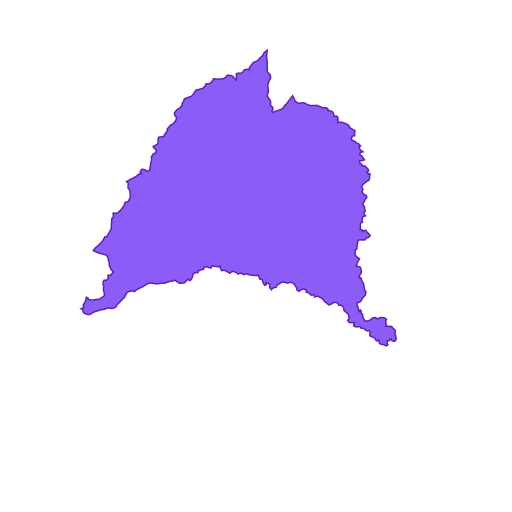 Aral Moreira, Mato Grosso do Sul, Brazil (orthographic projection), rotated 43°
{"feature_id": "56859067B29301186174835", "entity_name": "Aral Moreira", "entity_type": "district", "adm_level": 2, "iso_a3": "BRA", "parent_name": "Brazil", "parent_adm1": "Mato Grosso do Sul", "projection": "orthographic", "projection_center": [-55.401, -22.967], "detail": "fine", "context": "isolated", "style": "filled", "palette": "violet", "viewbox_px": 512, "rotation_deg": 43, "n_neighbors": 0, "source": "geoboundaries", "source_scale": "gbopen_adm2", "svg_char_len": 6142}
<svg xmlns="http://www.w3.org/2000/svg" viewBox="0 0 512 512"><g transform="rotate(43 256 256)"><path d="M411.2,227.2L411.0,224.7L413.4,225.2L415.6,223.8L415.5,221.5L412.5,219.0L410.8,218.3L409.6,216.3L408.0,215.3L405.3,215.4L403.2,215.0L401.3,216.9L399.7,217.7L398.7,218.9L398.0,217.4L395.5,215.5L394.5,213.3L392.9,213.4L391.1,214.3L389.2,215.8L387.6,219.3L385.2,219.6L383.6,221.6L383.2,224.7L382.7,226.3L381.7,227.7L380.1,229.2L375.5,227.7L373.6,225.9L371.7,226.3L370.8,224.6L369.0,224.4L369.3,226.2L366.6,224.7L365.0,223.4L363.5,223.5L361.9,220.9L363.1,219.2L363.5,217.2L362.8,215.1L362.4,209.4L360.9,207.3L357.9,206.4L355.5,204.4L352.9,202.6L350.1,202.0L347.9,200.4L345.7,201.5L344.1,195.7L340.1,193.0L338.0,193.9L336.2,194.9L334.8,192.1L333.5,187.3L331.5,187.9L329.2,187.9L327.5,187.3L325.9,185.8L324.6,183.9L324.9,182.0L323.2,180.0L321.2,177.1L320.0,174.7L321.4,172.9L323.1,171.5L324.8,169.8L324.3,167.6L325.6,165.9L325.5,163.1L323.3,162.8L320.8,162.9L318.8,162.3L317.7,163.8L317.4,165.4L315.9,164.5L314.1,165.8L313.1,164.0L311.3,162.4L310.1,160.5L310.8,158.6L309.4,157.8L308.3,156.2L307.4,154.2L308.7,151.9L306.9,151.8L305.4,150.6L305.4,148.8L301.2,145.8L298.8,145.6L298.1,142.5L297.2,139.8L297.1,137.5L294.9,136.5L293.3,137.5L291.3,137.2L289.5,136.4L288.7,134.2L286.0,133.6L285.5,131.2L285.8,127.9L286.3,125.2L287.0,123.7L285.9,121.4L284.5,120.3L283.7,118.2L281.3,119.2L279.7,119.2L280.3,116.9L278.9,116.1L274.3,115.9L272.2,117.6L270.9,116.8L268.6,117.3L266.7,115.7L268.7,113.8L269.7,111.7L265.0,110.7L262.5,111.2L261.8,109.0L263.1,106.9L259.4,107.3L257.0,105.9L257.5,104.4L255.6,103.9L253.9,104.2L251.9,104.9L249.8,104.8L247.2,106.1L245.5,104.6L244.6,102.4L246.2,100.8L244.2,98.9L243.0,96.9L237.3,98.1L235.2,97.4L233.3,97.4L231.1,98.0L229.4,98.9L227.9,99.4L226.5,100.4L225.1,102.5L221.4,98.8L219.3,98.8L217.8,100.7L215.5,98.9L213.6,98.4L211.6,99.0L209.6,100.5L208.4,99.4L206.0,99.7L204.5,101.7L202.3,102.6L198.1,104.1L195.7,106.4L194.0,108.2L192.3,109.4L189.4,110.5L187.3,111.0L185.3,112.2L184.5,113.7L183.4,115.1L181.9,115.6L179.3,116.1L175.7,114.5L173.5,113.9L174.6,124.4L174.3,126.1L174.9,128.4L174.6,131.4L173.3,133.5L172.3,135.7L171.2,137.4L170.5,139.4L168.7,139.4L168.7,137.7L167.3,136.2L165.8,135.8L164.1,136.0L162.9,135.0L161.8,133.4L160.0,132.5L155.5,131.4L154.0,130.0L153.6,128.2L150.9,125.2L148.7,123.8L147.3,121.7L145.9,118.2L145.4,116.0L143.9,114.5L142.0,113.6L139.8,113.7L138.3,113.4L136.7,111.5L134.7,109.6L131.5,106.2L128.9,103.8L127.3,102.6L123.9,97.9L123.3,101.8L124.2,104.6L123.8,108.6L124.0,111.8L122.1,116.5L122.7,122.7L124.3,124.4L122.5,125.1L120.5,127.7L120.9,130.5L120.1,133.2L118.4,134.1L117.4,136.2L119.0,137.8L120.6,139.2L121.5,141.0L116.5,140.4L114.9,140.8L113.6,142.0L112.1,142.8L111.7,144.6L111.9,146.9L110.5,149.6L108.8,151.3L107.4,152.9L104.1,155.1L104.6,157.0L104.9,159.9L104.2,162.2L102.0,164.2L102.9,166.5L102.9,169.2L101.9,171.1L100.3,173.6L98.9,175.5L99.8,180.4L99.9,183.3L97.8,186.9L96.4,189.9L97.8,192.7L97.7,194.4L99.0,196.1L99.5,199.0L98.5,202.6L98.5,204.7L98.8,207.1L101.1,208.7L102.8,208.6L104.3,210.0L105.0,212.1L105.2,216.1L104.2,218.8L104.5,223.7L105.8,224.8L106.3,229.9L107.2,231.4L103.9,235.3L104.5,237.2L106.3,238.9L107.8,241.1L106.1,246.1L108.0,246.6L111.0,246.4L112.3,249.2L111.2,251.3L111.8,254.7L113.5,256.3L114.6,257.7L116.1,260.6L117.4,262.2L119.8,266.0L118.6,268.3L116.9,268.3L113.4,270.2L113.7,273.4L116.3,274.0L114.7,275.4L114.0,279.7L110.5,289.9L112.7,289.7L116.1,293.6L118.8,293.9L121.1,295.9L123.9,298.6L125.4,303.1L123.7,306.0L125.1,309.1L125.6,313.2L125.7,315.1L125.4,319.2L122.3,322.1L124.9,324.5L125.1,327.1L131.7,335.0L133.7,343.7L132.4,344.8L133.7,350.2L133.4,357.0L132.9,359.6L133.2,362.9L135.8,362.3L139.9,360.6L145.6,357.5L148.6,357.9L150.5,359.4L152.2,360.4L153.6,361.4L155.5,363.1L158.4,364.4L160.1,364.8L162.3,364.9L162.8,367.1L162.7,369.1L160.9,371.2L162.9,372.5L163.3,375.8L161.4,377.2L161.7,379.1L163.9,381.3L165.5,382.2L167.2,384.6L171.2,387.2L172.2,388.9L170.7,394.9L168.6,396.9L166.4,399.9L163.2,402.2L161.9,401.3L160.1,401.8L162.1,405.4L163.1,409.8L165.1,410.8L164.1,413.9L165.6,413.3L168.4,415.1L170.8,414.5L173.5,413.2L174.7,411.2L175.2,408.7L176.2,406.4L178.0,403.4L179.0,401.3L181.2,398.7L183.5,394.3L185.5,393.5L186.8,392.1L188.1,389.8L188.1,387.9L187.5,385.9L187.8,383.7L187.8,378.2L188.0,376.2L187.3,374.0L186.7,371.0L187.1,368.9L189.7,365.4L191.3,365.0L191.5,363.3L191.9,361.5L194.1,355.8L194.8,352.9L195.8,349.7L197.4,347.6L199.4,346.3L200.9,345.1L202.7,343.9L205.7,339.8L207.4,338.7L209.8,334.3L210.7,332.3L212.3,331.4L213.0,329.0L216.3,328.6L218.7,328.1L220.8,325.9L221.9,324.3L222.2,318.9L224.2,319.3L224.8,317.2L223.3,313.7L222.1,311.8L223.4,308.8L224.9,308.0L223.9,306.3L224.8,304.9L225.4,303.0L226.7,301.8L225.6,299.2L227.8,297.2L229.9,296.5L231.3,295.3L230.5,293.3L231.7,292.3L233.1,291.6L234.3,290.6L235.7,289.8L236.9,287.9L238.8,289.5L241.0,290.1L242.2,288.3L244.4,287.3L246.5,287.0L248.7,286.4L249.1,283.5L250.8,282.3L253.1,281.5L255.3,281.4L256.3,279.0L257.8,278.4L259.8,278.0L261.2,275.4L263.0,274.9L265.7,273.1L268.2,271.3L271.0,268.5L272.7,269.3L274.4,270.3L276.5,269.0L279.5,270.8L282.4,271.5L283.0,270.0L281.6,268.9L283.7,267.7L285.8,267.5L287.7,269.7L290.2,270.2L290.3,267.6L292.1,265.1L291.3,263.2L291.9,261.1L292.3,259.0L292.9,257.3L294.8,255.7L297.0,254.7L298.3,253.2L299.1,251.6L301.5,250.6L303.6,250.6L305.9,251.2L307.7,251.8L309.3,253.0L311.5,252.5L311.9,250.5L312.6,248.3L314.3,247.2L316.0,246.5L317.6,248.2L319.1,247.1L321.0,246.9L322.9,247.1L324.7,244.8L326.7,246.1L327.5,244.7L329.0,242.9L331.4,242.6L333.3,241.7L337.5,242.6L339.1,242.3L342.8,242.1L344.2,238.8L344.6,236.8L346.2,235.4L348.1,234.8L350.2,235.6L352.1,233.8L354.2,233.7L356.3,234.7L357.5,235.8L359.9,235.8L362.5,235.5L365.1,236.8L367.0,238.6L366.9,240.6L368.7,241.0L370.4,240.7L371.9,238.9L373.6,237.6L374.1,239.5L375.6,240.6L377.2,239.7L379.0,238.2L380.2,236.5L381.8,237.2L384.2,235.5L388.1,235.1L389.7,233.3L391.5,234.1L393.6,236.6L395.3,236.4L397.1,235.5L398.6,235.1L402.0,236.0L403.0,233.8L404.6,235.1L406.5,235.7L410.4,233.6L412.5,233.0L413.0,231.0L411.0,230.3L409.9,228.4L411.2,227.2Z" fill="#8b5cf6" stroke="#5b21b6" stroke-width="1.5"/></g></svg>